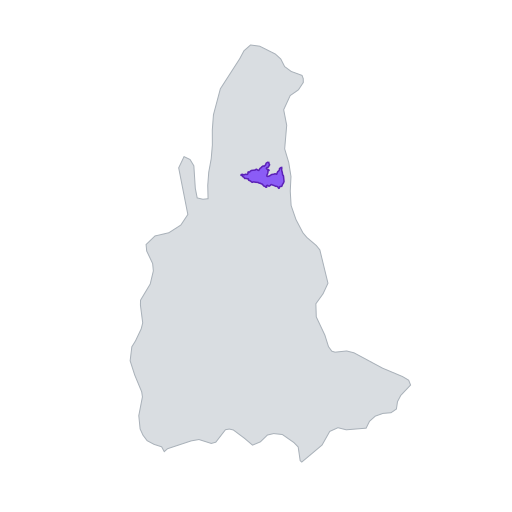 Los Llanos, San Pedro de Macorís, Dominican Republic (highlighted), rotated 263°
{"feature_id": "3306468B56210487942158", "entity_name": "Los Llanos", "entity_type": "district", "adm_level": 2, "iso_a3": "DOM", "parent_name": "Dominican Republic", "parent_adm1": "San Pedro de Macorís", "projection": "albers", "projection_center": [-69.487, 18.651], "detail": "fine", "context": "in_parent", "style": "filled", "palette": "violet", "viewbox_px": 512, "rotation_deg": 263, "n_neighbors": 0, "source": "geoboundaries", "source_scale": "gbopen_adm2", "svg_char_len": 6256}
<svg xmlns="http://www.w3.org/2000/svg" viewBox="0 0 512 512"><g transform="rotate(263 256 256)"><path d="M71.7,344.3L72.5,324.4L75.6,316.4L72.9,307.8L60.3,298.5L52.7,286.8L45.9,276.3L47.5,274.9L61.3,274.6L66.2,270.9L75.6,260.4L77.6,251.9L76.9,245.5L71.0,237.7L68.7,229.5L76.3,222.5L86.1,212.3L87.5,208.4L87.3,204.5L76.1,193.4L75.4,188.8L80.8,177.0L80.4,169.2L75.5,144.7L73.0,141.1L78.1,139.1L81.5,131.8L86.0,125.4L91.9,122.0L98.5,119.9L111.8,120.2L130.0,126.1L135.1,126.0L152.7,121.1L167.3,118.3L181.0,121.7L186.5,126.1L197.7,133.2L203.4,135.4L221.3,135.3L226.2,136.0L241.1,147.6L253.7,152.3L261.1,152.5L274.3,148.1L280.8,148.3L288.2,158.2L289.7,172.3L295.9,185.2L305.5,193.4L352.9,190.0L363.4,196.7L359.8,202.3L353.1,205.3L330.6,204.0L320.8,204.7L318.8,210.2L318.7,215.4L331.9,216.7L344.9,219.3L358.0,223.4L371.4,226.2L386.5,228.0L401.4,231.0L426.3,241.0L453.8,263.9L461.2,269.1L466.1,276.3L463.8,285.2L454.1,299.8L448.5,304.6L440.5,307.5L434.9,313.4L429.6,323.7L426.3,324.5L422.5,324.1L415.8,318.4L411.1,309.5L397.8,301.3L382.0,302.4L358.8,297.5L344.7,299.9L330.6,300.4L316.2,297.9L301.8,297.0L287.3,300.1L273.3,305.4L268.1,308.8L259.1,317.1L254.3,320.1L220.2,324.1L210.4,318.0L201.3,309.6L188.2,308.4L169.1,314.7L157.2,316.9L152.3,319.6L150.9,322.8L150.7,334.4L148.0,341.4L129.2,368.0L118.5,386.7L114.1,392.4L109.1,393.7L100.0,382.7L94.2,378.7L87.0,376.7L84.0,370.9L84.3,362.7L82.5,354.8L78.1,348.5L71.7,344.3Z" fill="#d9dde1" stroke="#a8b0b8" stroke-width="1"/><path d="M338.7,252.7L338.7,251.8L338.7,251.5L338.7,251.4L338.6,251.2L338.4,251.1L338.1,251.0L337.9,251.0L337.7,251.3L337.6,251.6L337.4,252.1L337.1,252.3L336.7,252.4L336.4,252.5L336.0,253.2L335.9,253.3L335.6,253.5L335.1,253.9L334.9,254.0L334.5,254.1L334.4,254.2L334.3,254.3L334.3,255.0L334.2,255.3L334.2,255.5L334.0,255.9L333.9,256.4L333.7,256.8L333.7,257.0L333.6,257.4L333.6,257.6L333.4,257.7L333.3,257.8L333.1,257.8L332.6,257.8L332.3,257.9L332.1,258.0L331.9,258.3L331.9,258.6L331.5,259.0L331.4,259.1L331.3,259.3L331.2,259.6L331.0,259.8L330.8,259.9L330.6,260.1L330.1,260.6L329.8,260.9L329.6,261.1L329.6,261.3L329.6,261.6L329.8,261.9L329.8,262.1L329.9,262.4L329.8,262.7L329.8,262.9L329.6,263.2L329.6,263.4L329.6,263.5L329.5,264.1L329.4,264.2L329.3,264.6L329.2,264.7L329.1,265.5L329.0,265.9L328.9,266.1L328.9,266.3L328.8,266.7L328.8,267.0L328.7,267.2L328.4,267.5L328.1,267.8L327.9,268.0L327.8,268.8L327.7,269.1L327.4,269.6L327.1,269.9L326.9,270.0L326.8,270.5L326.7,270.7L326.6,270.9L326.5,271.0L326.2,271.3L325.5,271.6L325.3,271.7L324.9,272.0L324.7,272.2L324.5,272.3L324.5,272.5L324.3,272.7L324.1,273.1L324.0,273.3L323.9,273.5L323.7,273.7L323.4,273.9L323.2,274.0L323.0,274.3L323.0,274.6L323.0,274.9L323.1,275.0L323.3,275.1L323.5,275.1L323.8,275.1L324.0,274.9L324.3,274.9L324.4,275.0L324.5,275.1L324.6,275.4L324.7,275.5L324.8,275.8L324.7,276.0L324.6,276.3L324.0,276.9L323.9,277.1L323.8,277.3L323.7,277.5L323.8,277.8L324.2,278.6L324.3,278.8L324.8,279.3L325.0,279.5L325.0,279.9L325.0,280.1L324.8,280.3L324.7,280.6L324.5,281.0L324.3,281.3L324.1,281.7L324.0,282.0L323.8,282.4L323.7,282.6L323.4,283.0L323.3,283.3L323.2,283.5L322.9,283.8L322.8,284.1L322.7,284.3L322.7,284.8L322.6,285.0L322.3,285.7L322.2,285.9L322.0,286.0L321.7,286.1L321.3,286.3L320.9,286.5L320.5,286.7L320.4,286.8L320.4,287.0L320.5,287.3L321.0,287.5L321.3,287.7L321.6,287.8L321.8,288.0L322.0,288.2L322.0,288.4L322.0,288.8L322.0,289.5L322.0,290.0L322.4,290.3L322.7,290.4L323.0,290.6L323.3,290.8L323.8,291.0L324.0,291.2L324.8,291.9L325.0,292.1L325.5,292.3L325.8,292.5L326.1,292.7L326.4,292.8L326.6,292.9L326.8,292.9L327.2,292.9L331.0,293.0L332.1,293.0L332.4,292.9L332.6,292.9L333.1,292.5L333.2,292.4L333.3,292.4L333.5,292.3L333.9,292.3L335.4,292.3L336.0,292.3L336.4,292.2L336.7,292.1L336.9,292.0L337.1,292.0L337.4,292.0L338.7,292.0L339.0,292.0L339.4,292.1L339.8,292.3L340.0,292.3L340.3,292.3L340.8,292.3L340.8,291.7L340.7,291.4L340.6,291.2L340.3,290.8L340.2,290.7L340.1,290.2L339.9,290.0L339.3,289.9L339.1,289.9L338.4,289.5L338.3,289.4L338.0,289.2L337.6,288.8L337.5,288.6L337.3,288.2L337.2,288.1L337.1,287.9L336.9,287.7L336.7,287.6L336.3,287.4L335.7,287.0L335.3,286.8L334.9,286.5L334.8,286.4L334.7,286.4L334.7,286.2L334.9,285.8L335.0,285.5L335.2,285.2L335.3,285.0L335.3,284.9L335.3,284.7L335.2,284.4L335.1,284.1L335.0,283.9L335.0,283.3L335.0,282.0L335.0,281.7L334.9,281.5L334.9,281.3L334.7,281.0L334.6,280.7L334.4,280.3L334.2,280.0L334.0,279.6L333.9,279.0L333.7,278.7L333.6,278.3L333.6,278.1L333.6,277.1L333.6,276.9L333.7,276.7L333.8,276.6L334.0,276.6L334.4,276.6L334.8,276.6L335.0,276.7L335.6,277.1L336.0,277.3L336.4,277.6L336.7,277.7L337.1,277.9L337.3,278.0L337.9,278.0L338.3,278.1L338.5,278.1L338.9,278.1L339.0,278.1L339.1,278.4L339.1,278.8L339.1,279.0L339.3,279.2L339.4,279.3L339.5,279.4L339.9,279.1L340.2,279.0L340.3,278.9L340.4,278.7L340.5,278.2L340.6,277.8L340.9,277.5L341.2,277.2L341.4,277.1L341.6,277.0L341.8,277.0L342.1,277.3L342.3,277.5L342.5,277.9L342.5,278.4L342.6,278.7L342.7,278.9L342.9,279.2L342.9,279.3L343.0,279.4L343.5,279.6L343.8,279.8L344.1,280.0L344.6,280.4L344.7,280.5L344.8,280.6L345.0,280.6L345.5,280.4L345.9,280.2L346.1,280.1L346.5,280.1L347.3,280.1L347.3,279.8L347.5,279.4L347.6,279.1L347.6,278.9L347.5,278.7L347.3,278.3L347.2,278.1L346.9,277.5L346.8,277.4L346.3,277.1L346.2,277.1L345.9,276.9L345.5,276.7L345.2,276.6L345.0,276.3L344.8,275.9L344.4,275.5L344.3,275.3L344.2,275.2L344.2,274.8L344.3,274.6L344.4,274.2L344.5,274.1L344.4,273.9L344.3,273.5L344.1,273.3L343.9,272.9L343.8,272.6L343.7,272.5L343.6,272.4L343.3,272.2L343.2,272.1L342.9,271.6L342.7,271.1L342.6,270.9L342.4,270.7L341.8,270.1L341.4,269.8L341.1,269.6L340.9,269.4L340.7,269.3L340.6,269.2L340.8,268.5L340.9,268.4L341.1,268.1L341.7,267.5L341.9,267.3L342.0,267.1L342.1,266.8L342.1,266.7L341.7,266.2L341.5,265.9L341.5,265.5L341.4,265.2L341.5,262.2L341.4,261.7L341.0,260.9L340.9,260.7L340.5,260.3L340.3,260.1L340.2,259.9L340.1,259.6L340.1,259.4L340.2,259.2L340.4,258.9L340.4,258.7L340.2,258.4L340.1,258.2L339.8,258.2L339.3,258.2L339.1,258.1L338.4,257.8L338.3,257.7L338.2,257.6L338.1,257.3L338.0,257.1L338.1,256.6L338.3,256.2L338.4,255.9L338.4,255.6L338.4,255.4L338.3,255.2L338.2,254.8L338.1,254.7L338.1,254.4L338.2,254.2L338.1,253.7L338.1,253.4L338.3,253.1L338.6,252.9L338.7,252.7Z" fill="#8b5cf6" stroke="#5b21b6" stroke-width="1.5"/></g></svg>